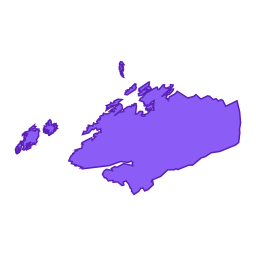 the district of Bjugn nor, Sør-Trøndelag, Norway
{"feature_id": "86288312B97318118947912", "entity_name": "Bjugn nor", "entity_type": "district", "adm_level": 2, "iso_a3": "NOR", "parent_name": "Norway", "parent_adm1": "Sør-Trøndelag", "projection": "orthographic", "projection_center": [9.771, 63.825], "detail": "fine", "context": "isolated", "style": "filled", "palette": "violet", "viewbox_px": 256, "rotation_deg": 0, "n_neighbors": 0, "source": "geoboundaries", "source_scale": "gbopen_adm2", "svg_char_len": 5794}
<svg xmlns="http://www.w3.org/2000/svg" viewBox="0 0 256 256"><path d="M134.1,194.4L138.7,191.3L140.8,188.2L143.0,188.1L144.7,190.9L147.8,189.8L153.3,184.7L152.9,182.1L152.6,182.9L151.3,181.5L152.4,179.8L160.7,176.4L167.8,169.8L174.2,169.8L175.8,168.7L177.7,169.6L188.8,165.1L192.5,165.2L201.3,157.8L205.4,156.6L211.2,152.7L219.6,151.5L235.7,144.9L238.7,142.4L239.8,132.8L239.5,129.0L240.6,122.9L239.6,111.7L237.0,100.8L225.7,106.3L223.0,100.7L221.4,99.6L218.2,100.9L216.2,98.8L213.0,99.5L209.6,96.3L207.5,95.9L200.9,99.1L195.9,94.6L193.8,96.4L187.7,98.0L177.2,91.3L175.2,93.8L169.4,97.0L168.9,98.9L167.4,98.5L167.8,99.8L165.9,98.1L166.8,95.9L166.4,95.2L169.4,94.4L172.9,90.8L173.4,89.0L170.8,89.5L169.0,92.4L167.4,92.5L166.3,95.0L164.7,94.7L161.6,96.7L172.7,86.5L173.1,85.0L170.4,84.7L170.5,86.6L168.1,87.5L168.7,87.8L168.4,88.4L165.1,87.8L164.2,86.9L164.5,84.7L163.0,85.0L159.0,89.5L157.9,89.5L157.3,87.2L156.6,87.2L146.7,92.7L145.8,92.3L147.1,90.8L146.5,89.4L143.0,90.1L146.0,87.4L146.8,89.4L148.1,89.7L147.3,91.7L151.4,88.8L149.6,86.4L148.1,86.5L149.0,84.9L149.4,82.1L148.4,82.3L139.0,88.7L138.8,90.1L139.6,90.1L139.1,91.1L141.4,91.9L138.5,93.7L138.6,95.7L141.6,95.5L144.7,93.0L146.0,92.8L146.2,93.0L142.3,97.5L140.4,98.4L139.4,100.5L143.8,102.0L143.9,103.6L144.9,104.1L144.1,105.3L144.4,106.0L147.4,105.0L146.2,107.8L146.9,108.7L145.7,108.7L146.0,109.9L149.0,108.9L147.2,111.1L151.0,109.5L153.3,106.7L152.7,103.5L149.4,105.2L151.0,102.5L154.1,100.6L153.5,105.2L153.8,110.3L151.0,109.8L146.9,114.0L144.6,114.4L144.9,116.0L144.1,116.2L141.5,115.8L141.5,114.7L143.2,114.4L142.3,113.3L142.9,112.3L142.5,111.5L139.5,111.4L137.4,113.7L135.5,114.0L136.5,105.9L136.0,105.4L136.2,103.8L135.0,103.5L133.4,104.5L134.1,105.4L133.5,105.9L131.9,105.1L131.8,106.5L131.1,107.0L130.0,106.1L127.0,107.1L123.3,110.1L123.7,111.6L118.9,112.3L114.2,115.8L122.6,109.0L121.7,104.8L119.9,103.7L114.3,107.5L115.5,108.8L112.0,109.0L109.9,111.0L112.8,110.5L114.4,111.3L114.1,111.8L110.9,111.4L109.5,113.1L106.3,114.1L103.5,113.2L102.9,114.5L103.3,115.0L100.0,116.3L100.2,117.8L99.0,118.7L100.1,118.9L99.8,119.8L97.5,120.2L96.7,121.6L98.0,123.0L95.2,124.0L93.6,123.0L92.8,125.9L88.3,125.2L88.2,126.0L89.2,126.2L87.4,127.8L88.4,128.9L87.0,128.3L87.3,130.4L85.8,131.5L83.7,131.3L82.5,134.5L88.8,132.8L92.1,129.1L93.2,129.8L95.7,128.0L96.6,128.3L97.2,130.3L100.5,128.8L101.1,130.8L100.7,131.0L100.8,132.4L99.0,131.9L97.0,134.1L96.2,133.2L93.8,134.5L93.6,135.7L94.4,136.1L92.9,136.5L95.5,136.8L92.3,140.3L91.7,137.7L82.4,142.4L81.8,143.0L82.5,143.7L81.9,144.1L82.9,144.6L82.2,145.3L81.8,148.1L75.3,150.1L76.8,150.6L74.3,152.2L73.3,154.3L73.6,153.4L72.8,153.5L73.0,154.2L70.8,156.2L68.8,160.9L72.8,161.7L71.7,162.0L71.4,163.6L75.3,164.6L75.0,165.3L77.0,164.7L75.4,166.2L77.2,165.6L81.3,166.8L80.4,167.9L82.7,167.9L82.4,168.8L109.1,165.6L120.7,161.5L128.1,162.4L131.2,161.1L132.8,162.5L132.3,163.6L132.8,165.6L123.8,163.6L116.9,167.3L114.7,166.6L111.3,168.5L112.3,170.5L106.4,169.3L104.0,171.1L102.4,174.2L104.4,177.7L106.2,178.1L108.3,180.9L113.0,180.4L113.1,182.2L117.7,181.9L122.0,185.6L123.9,184.9L123.2,182.2L126.0,180.9L128.8,184.2L130.3,188.2L131.4,188.8L131.6,191.3L134.1,194.4ZM34.2,125.2L29.6,128.8L31.5,130.2L29.4,129.9L29.8,130.8L25.0,132.1L22.4,134.5L22.4,135.4L26.2,132.6L25.8,133.6L27.5,134.1L26.6,136.2L26.1,135.8L26.6,134.3L24.2,135.8L24.0,137.4L25.7,137.6L24.6,138.0L25.4,138.5L25.2,139.6L24.0,139.2L23.7,140.2L24.5,140.5L23.0,142.0L22.9,145.3L23.9,146.2L22.6,149.4L24.0,150.1L27.5,146.3L28.4,146.4L26.5,148.2L27.1,148.7L26.1,149.1L26.4,149.9L30.7,147.8L30.7,146.8L28.6,146.4L30.6,145.7L29.6,144.1L25.8,146.1L26.9,145.1L26.5,144.1L30.2,142.4L29.8,144.3L31.8,145.3L32.3,144.3L34.6,144.4L32.9,143.2L35.8,143.2L37.1,141.4L36.4,139.9L38.7,136.1L38.5,133.2L39.1,131.1L38.6,130.5L39.1,130.6L38.4,129.7L38.8,129.2L36.2,128.8L36.5,129.7L35.3,129.7L35.3,130.9L33.2,130.7L32.6,128.9L34.1,128.7L35.8,126.5L33.8,126.2L34.2,125.2ZM49.9,119.7L48.2,121.3L49.2,126.0L47.2,122.9L46.0,123.9L46.5,124.0L46.4,126.5L44.3,126.0L44.4,127.6L43.2,128.5L43.6,128.4L43.4,129.5L45.9,129.1L48.4,130.3L43.7,130.4L43.6,132.0L46.1,131.2L45.6,132.2L46.1,132.7L44.4,132.8L47.3,133.5L47.7,131.0L48.8,130.6L48.8,135.3L49.7,135.2L51.5,132.4L52.0,132.9L51.7,133.7L53.6,132.6L53.8,129.9L54.8,128.5L55.2,129.3L54.3,131.3L55.6,130.7L56.4,127.3L56.9,127.8L56.4,129.0L57.5,128.4L56.4,127.2L57.4,125.8L55.9,124.8L56.3,124.6L56.0,123.5L54.4,124.3L55.6,124.9L54.5,125.5L54.5,126.9L53.6,126.5L53.6,124.9L52.5,125.0L53.0,124.3L51.4,125.0L51.4,123.0L50.7,122.3L51.2,121.2L49.9,119.7ZM122.1,99.6L117.8,99.2L113.9,101.3L114.5,102.2L112.2,103.5L110.9,102.5L109.8,104.4L106.3,105.6L107.3,106.5L106.7,107.7L108.6,107.8L106.7,108.8L106.2,110.3L111.0,107.3L110.8,106.1L111.5,105.7L113.0,105.5L112.0,107.0L113.4,106.9L113.1,105.5L117.8,104.6L118.8,102.1L122.1,99.6ZM135.6,84.1L134.9,83.8L132.0,86.6L132.5,88.0L130.2,87.7L129.1,89.9L127.4,89.9L127.9,91.1L125.9,91.0L126.3,92.3L125.3,92.6L125.0,94.4L127.2,94.8L135.6,89.4L136.3,87.4L135.6,86.3L135.9,84.7L134.8,84.8L135.6,84.1ZM122.1,62.0L120.8,61.6L119.6,63.2L119.5,64.2L121.0,64.5L119.8,65.1L119.1,67.8L120.4,68.1L119.4,69.5L120.2,70.1L119.8,71.6L120.2,71.0L120.5,71.5L120.0,72.4L121.9,70.4L120.4,73.3L121.5,74.4L120.4,74.8L122.2,74.9L121.8,75.3L122.7,75.9L122.3,76.6L123.5,77.0L122.8,75.8L123.4,75.6L122.7,74.5L122.9,73.8L122.0,73.4L123.5,69.8L123.4,68.8L122.6,69.4L123.3,66.8L121.8,66.5L121.8,65.5L124.1,64.8L122.1,62.0ZM21.9,141.3L20.5,141.3L19.8,143.6L18.1,144.8L18.1,146.6L16.6,146.0L17.2,146.5L16.5,146.8L17.0,148.1L15.8,148.3L16.1,149.5L15.4,149.6L15.8,151.5L16.9,149.6L16.7,151.4L19.0,151.5L16.2,153.0L17.0,153.8L19.4,152.3L19.7,151.3L18.4,149.8L18.9,147.7L19.6,148.5L19.7,150.6L20.5,150.3L21.8,145.3L21.1,143.2L22.0,142.7L21.4,142.1L21.9,141.3Z" fill="#8b5cf6" stroke="#5b21b6" stroke-width="1.5"/></svg>